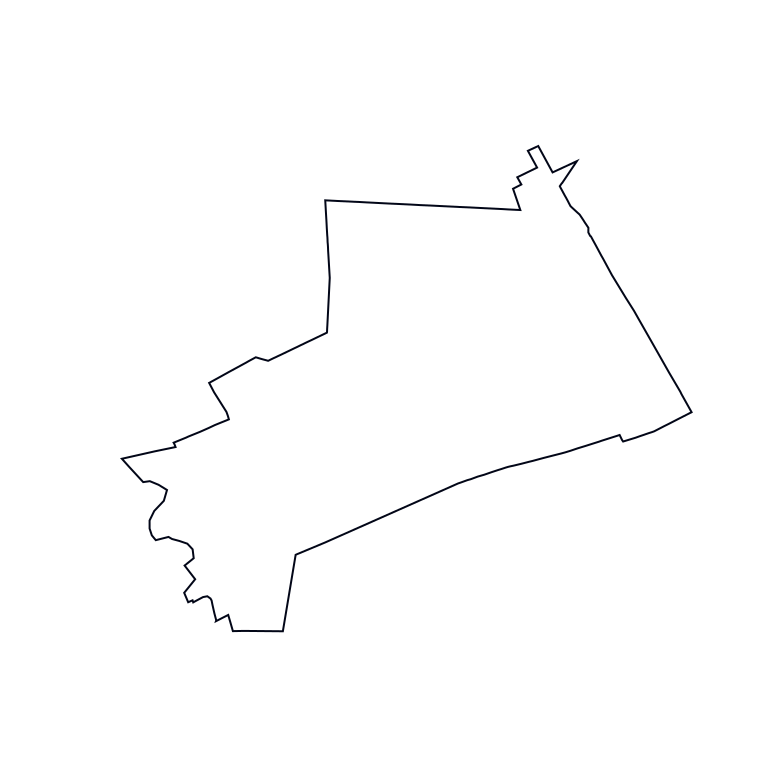 the district of San Raymundo Jalpan, Oaxaca, Mexico, rotated 58°
{"feature_id": "50627088B22735583754735", "entity_name": "San Raymundo Jalpan", "entity_type": "district", "adm_level": 2, "iso_a3": "MEX", "parent_name": "Mexico", "parent_adm1": "Oaxaca", "projection": "equal_earth", "projection_center": [-96.757, 16.981], "detail": "fine", "context": "isolated", "style": "outline", "palette": "ink", "viewbox_px": 768, "rotation_deg": 58, "n_neighbors": 0, "source": "geoboundaries", "source_scale": "gbopen_adm2", "svg_char_len": 3045}
<svg xmlns="http://www.w3.org/2000/svg" viewBox="0 0 768 768"><g transform="rotate(58 384 384)"><path d="M308.5,645.9L319.4,644.0L339.6,640.2L342.3,634.1L350.0,628.6L358.9,624.2L366.4,632.6L369.9,646.1L375.5,655.1L382.4,659.4L389.3,661.1L395.5,660.3L399.5,647.8L403.1,645.9L408.7,640.7L415.2,635.4L422.8,633.9L430.9,637.7L432.3,649.3L449.5,647.6L455.2,664.1L465.3,665.7L466.0,661.0L468.1,661.5L468.2,659.3L468.8,650.4L470.4,646.3L473.6,645.0L474.0,644.8L475.0,644.9L476.1,644.9L476.7,645.1L478.8,645.9L480.4,646.5L488.7,649.4L495.5,651.5L496.1,652.2L496.5,647.7L496.7,645.2L497.3,638.5L504.8,640.6L513.5,643.1L519.0,633.9L540.1,600.8L528.8,590.8L482.0,549.4L487.2,517.9L507.6,373.8L508.2,371.3L509.7,364.3L510.7,360.9L512.2,353.6L514.1,346.9L515.8,339.4L517.4,332.9L518.2,329.9L519.4,325.0L520.1,322.5L520.8,320.4L521.9,317.4L524.5,309.6L526.8,302.3L528.0,298.7L529.0,295.4L531.4,287.5L534.1,279.0L536.8,270.6L538.0,266.6L539.4,261.4L540.3,257.6L541.2,253.8L543.3,246.0L545.4,237.8L546.1,235.1L546.8,232.4L547.4,229.7L549.7,220.7L551.7,212.9L552.1,211.2L557.7,211.8L559.5,211.7L562.9,199.0L563.9,194.4L564.9,190.2L565.3,188.4L566.0,185.4L566.8,182.3L567.3,180.0L567.8,173.9L568.2,168.9L568.7,163.9L569.6,153.1L570.9,138.1L550.3,137.1L547.6,136.8L525.5,136.2L490.3,134.7L463.4,133.6L454.4,133.2L439.1,133.3L412.4,133.0L407.8,132.7L393.6,131.8L390.5,131.7L378.5,130.9L373.1,130.6L368.5,130.3L367.7,130.7L363.8,130.4L361.7,129.1L359.9,127.9L355.8,128.0L353.8,128.1L350.6,128.1L344.1,128.3L342.9,128.6L341.6,129.0L333.2,131.3L332.6,131.4L332.1,131.6L330.7,131.5L327.9,131.3L327.1,131.2L325.7,131.1L324.0,131.0L322.6,130.9L319.6,130.8L318.6,130.7L316.3,130.6L315.6,130.5L315.2,130.5L311.6,130.3L309.4,130.1L308.0,126.9L308.0,126.5L297.2,102.3L293.9,128.9L263.9,127.1L262.5,138.4L281.6,139.5L279.3,161.4L287.6,161.8L286.8,171.1L308.7,176.2L306.2,179.8L302.1,185.7L298.4,190.9L294.0,197.2L288.1,205.7L279.5,218.0L273.6,226.6L272.6,228.0L262.6,242.4L257.5,249.7L251.6,258.3L246.3,265.8L237.9,277.9L236.6,279.8L233.7,284.0L221.9,300.9L220.3,303.2L216.4,308.7L213.6,312.8L210.8,316.8L204.6,325.8L197.1,336.5L208.4,342.7L215.0,346.3L217.7,347.8L221.3,349.8L227.9,353.4L229.5,354.2L231.3,355.2L233.7,356.6L235.5,357.5L237.4,358.5L239.0,359.4L241.6,360.9L245.5,363.0L265.3,373.8L304.3,401.0L307.4,403.2L309.2,404.4L310.2,405.2L309.1,415.1L308.6,419.7L308.3,422.4L307.8,426.5L307.4,430.1L307.3,431.4L307.0,433.6L306.6,437.7L306.2,441.0L305.8,444.7L305.5,447.5L305.3,449.2L304.4,457.3L304.2,458.7L303.9,461.6L303.6,463.7L303.2,467.4L303.0,469.4L302.9,470.0L302.2,470.6L298.9,473.7L296.0,476.3L294.6,477.5L293.4,478.6L293.1,483.5L293.0,484.9L292.9,486.8L292.8,489.7L292.6,492.8L292.2,499.7L292.0,502.9L291.6,509.5L291.5,511.8L291.3,515.3L291.2,517.4L290.8,524.7L290.4,531.7L301.0,532.5L324.2,532.4L327.9,533.2L330.5,533.9L331.8,534.3L331.4,536.7L330.4,542.3L329.2,549.2L328.4,556.0L327.1,565.2L324.9,577.7L324.6,580.2L322.3,593.5L323.9,593.6L325.1,593.8L326.1,594.0L327.0,594.2L319.7,613.9L308.5,645.9Z" fill="none" stroke="#020617" stroke-width="2"/></g></svg>